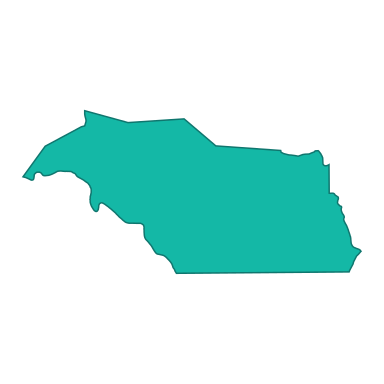 the district of Rouarne, Micoud, Saint Lucia
{"feature_id": "8701671B67257471082353", "entity_name": "Rouarne", "entity_type": "district", "adm_level": 2, "iso_a3": "LCA", "parent_name": "Saint Lucia", "parent_adm1": "Micoud", "projection": "albers", "projection_center": [-60.915, 13.778], "detail": "fine", "context": "isolated", "style": "filled", "palette": "teal", "viewbox_px": 384, "rotation_deg": 0, "n_neighbors": 0, "source": "geoboundaries", "source_scale": "gbopen_adm2", "svg_char_len": 5798}
<svg xmlns="http://www.w3.org/2000/svg" viewBox="0 0 384 384"><path d="M23.0,176.8L24.0,177.1L24.9,177.3L25.6,177.5L26.2,177.7L27.0,178.1L27.7,178.4L28.6,178.8L29.4,179.2L30.2,179.6L31.0,180.0L31.5,180.1L31.9,180.1L32.7,180.0L33.3,179.6L33.6,179.1L33.8,178.5L33.9,177.8L34.1,176.8L34.1,176.2L34.2,175.6L34.2,175.0L34.4,174.5L34.6,174.0L35.2,173.5L35.8,172.9L36.4,172.5L36.7,172.3L37.1,172.2L37.9,172.2L38.5,172.2L39.1,172.1L40.0,172.4L40.5,172.6L41.2,173.1L41.4,173.3L41.9,174.0L42.4,174.6L43.0,175.3L43.7,175.6L44.6,175.7L45.2,175.7L46.2,175.6L47.1,175.5L47.8,175.4L48.8,175.3L49.7,175.0L50.7,174.7L51.6,174.3L52.4,174.0L54.2,173.1L55.4,172.5L56.4,171.9L57.1,171.5L58.0,171.2L60.0,171.0L61.2,171.0L62.8,171.2L64.0,171.3L65.2,171.4L66.6,171.3L67.6,171.4L69.0,171.4L70.7,171.5L71.3,171.6L72.0,172.0L72.4,172.3L73.2,172.8L74.0,173.1L74.6,173.3L75.5,174.0L76.0,174.9L76.5,175.6L76.9,176.1L77.4,176.6L78.0,177.0L78.9,177.5L80.4,178.3L83.5,180.0L84.4,180.7L85.4,181.5L86.3,182.1L87.4,182.8L87.8,183.1L88.2,183.5L88.6,184.2L89.1,184.7L89.4,185.2L90.1,186.3L90.1,186.8L90.2,187.1L90.6,187.6L90.9,188.2L91.0,188.6L91.1,189.0L91.2,189.6L91.2,190.3L91.2,191.5L91.2,192.6L91.0,193.4L90.9,194.0L90.8,194.5L90.7,195.1L90.3,196.2L90.3,196.7L90.2,197.1L90.2,197.4L90.3,198.0L90.2,198.6L90.1,198.9L90.0,199.4L90.1,199.9L90.2,200.3L90.2,201.6L90.2,202.1L90.3,202.7L90.7,204.1L90.9,204.6L91.1,205.2L91.2,205.6L91.6,206.4L91.7,206.7L92.1,207.2L92.6,208.1L92.9,208.5L93.4,209.4L93.8,209.9L94.2,210.5L94.6,210.8L95.3,211.2L95.6,211.4L96.2,211.5L96.7,211.4L97.1,211.2L97.6,210.7L98.0,210.0L98.3,209.4L98.4,208.6L98.6,207.7L98.7,207.0L98.7,206.4L98.8,205.4L99.0,204.8L99.3,204.1L99.7,203.6L100.1,203.3L100.7,203.0L101.4,202.8L101.9,202.8L102.6,203.0L103.3,203.4L104.1,203.8L105.2,204.5L106.2,205.3L107.3,206.1L108.2,206.7L109.2,207.6L111.1,209.1L112.9,210.7L113.6,211.3L114.5,212.1L115.1,212.6L115.8,213.3L116.5,214.2L117.3,214.9L118.2,215.8L118.9,216.6L119.4,217.1L121.6,218.9L122.1,219.4L122.8,220.1L123.7,220.8L125.2,222.0L126.0,222.4L127.2,222.8L128.0,223.0L129.3,223.2L132.6,223.2L136.6,223.3L139.1,223.3L140.6,223.3L141.7,223.8L142.2,224.1L142.9,224.6L143.4,225.0L143.7,225.7L143.9,226.4L144.1,227.3L144.0,228.1L144.0,229.2L144.1,230.4L144.1,231.9L144.2,233.3L144.3,234.9L144.4,235.8L144.6,236.7L144.8,237.4L145.2,238.3L145.6,239.1L146.2,239.8L147.0,240.6L147.9,241.6L148.7,242.5L149.4,243.5L150.1,244.3L150.9,245.2L151.9,246.7L152.9,248.5L153.5,249.5L154.1,250.5L154.5,251.1L155.4,252.4L156.2,253.3L156.7,253.7L157.1,253.9L157.7,254.1L159.3,254.4L161.0,254.8L162.4,255.1L163.4,255.4L164.4,255.9L165.2,256.5L166.1,257.2L166.9,258.0L167.5,258.7L168.2,259.4L169.0,260.2L169.7,261.0L170.4,261.8L171.1,262.8L171.8,263.9L172.1,264.6L172.4,265.4L172.7,266.3L173.0,267.3L173.3,267.9L174.0,268.7L174.5,269.6L174.8,270.3L175.1,271.2L175.5,271.8L175.9,272.4L176.4,273.3L349.1,271.9L349.8,270.1L353.0,264.1L353.6,261.8L356.6,256.0L358.5,254.2L360.8,251.5L361.0,251.3L360.7,251.0L360.6,250.7L360.4,250.3L360.1,250.1L359.8,249.9L359.5,249.7L359.4,249.6L359.1,249.4L358.6,249.2L358.3,249.1L358.0,249.0L357.6,248.8L357.2,248.7L356.9,248.6L355.8,248.2L355.4,248.0L354.8,247.7L354.4,247.6L353.6,247.2L353.3,247.0L353.1,246.7L352.8,246.4L352.5,246.1L352.3,245.8L352.1,245.4L351.9,245.0L351.7,244.7L351.5,244.2L351.4,244.0L351.3,243.7L351.2,243.3L351.1,242.9L351.1,242.4L351.0,242.1L351.0,241.6L350.9,240.5L350.8,240.1L350.8,239.3L350.8,238.9L350.7,238.5L350.7,238.1L350.6,237.7L350.6,237.3L350.5,236.8L350.4,236.5L350.2,236.2L350.1,235.8L350.0,235.4L349.9,235.0L349.7,234.4L349.5,233.8L349.4,233.3L349.1,232.6L348.7,231.5L348.6,231.2L348.5,230.8L348.4,230.4L348.3,230.0L348.1,229.6L348.0,229.3L347.7,228.5L347.6,228.1L347.2,227.3L347.1,226.9L346.9,226.5L346.6,225.7L346.4,225.3L345.8,224.3L345.5,223.9L345.4,223.5L345.1,223.2L345.0,222.8L344.8,222.4L344.6,222.0L344.4,221.7L344.2,221.3L344.1,220.9L344.0,220.6L343.8,220.2L343.8,219.8L343.7,219.4L343.7,219.0L343.8,218.6L343.9,218.2L344.0,217.9L344.2,217.5L344.2,217.1L344.2,216.7L344.1,216.2L343.9,215.8L343.6,215.2L343.4,214.8L342.9,214.2L342.7,213.9L342.5,213.5L342.3,213.2L342.1,212.8L341.9,212.4L341.8,212.0L341.7,211.7L341.5,211.3L341.4,210.9L341.3,210.4L341.3,210.1L341.2,209.3L341.2,208.9L341.2,208.5L341.4,208.2L341.5,207.9L341.6,207.5L341.6,207.0L341.4,206.6L341.3,206.4L340.9,206.3L340.2,206.0L339.9,205.8L339.6,205.6L339.3,205.3L339.0,205.0L338.8,204.7L338.5,204.5L338.1,204.1L337.9,203.8L337.8,203.6L337.7,203.4L337.6,203.1L337.5,202.8L337.5,202.4L337.5,202.0L337.6,201.6L337.7,201.2L337.7,200.8L337.8,200.4L337.9,200.2L338.0,199.8L338.2,199.4L338.3,199.0L338.4,198.8L338.4,198.6L338.3,198.2L338.3,197.9L338.3,197.5L338.2,197.1L337.6,196.7L337.3,196.5L337.0,196.3L336.6,196.0L336.3,195.8L335.9,195.6L335.6,195.4L335.3,195.2L335.1,194.9L334.8,194.6L334.6,194.2L334.4,193.9L334.1,193.7L333.8,193.5L333.0,193.2L332.7,193.2L332.3,193.2L331.9,193.2L331.5,193.2L330.8,193.3L330.4,193.3L330.0,193.3L329.6,193.2L329.2,193.2L329.0,164.7L328.7,164.9L328.0,165.2L327.7,165.3L327.1,165.6L326.8,165.7L326.4,165.7L325.9,165.8L325.7,165.8L325.3,165.8L325.2,165.8L324.9,165.7L324.7,165.7L324.4,165.5L324.1,165.4L323.8,165.2L323.7,165.1L323.3,164.6L323.2,164.5L323.1,164.3L323.1,164.2L322.9,163.5L322.9,163.3L322.9,163.1L322.9,162.8L322.9,162.7L322.7,158.1L322.7,157.9L322.5,157.4L322.4,157.1L321.7,155.5L321.4,155.0L321.3,154.9L321.2,154.7L321.0,154.3L320.9,154.0L320.8,153.8L320.7,153.7L320.5,153.4L318.7,151.1L318.4,150.9L318.2,150.7L315.2,150.9L314.1,152.0L311.1,153.1L309.2,154.0L305.1,154.2L302.9,154.5L298.2,156.2L295.2,155.6L291.4,155.1L288.8,154.9L283.7,153.6L281.1,152.3L280.7,150.5L215.8,145.9L184.1,118.9L128.0,122.6L84.7,110.7L84.7,113.9L85.0,116.0L86.0,119.8L86.0,121.5L84.7,125.9L81.3,126.8L45.2,146.2L23.0,176.8Z" fill="#14b8a6" stroke="#0f766e" stroke-width="1.5"/></svg>